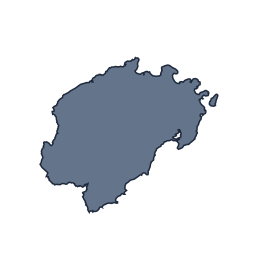 the district of South West Malekula, Malampa, Vanuatu, rotated 243°
{"feature_id": "77236927B2761964185252", "entity_name": "South West Malekula", "entity_type": "district", "adm_level": 2, "iso_a3": "VUT", "parent_name": "Vanuatu", "parent_adm1": "Malampa", "projection": "robinson", "projection_center": [167.511, -16.429], "detail": "fine", "context": "isolated", "style": "filled", "palette": "slate", "viewbox_px": 256, "rotation_deg": 243, "n_neighbors": 0, "source": "geoboundaries", "source_scale": "gbopen_adm2", "svg_char_len": 5790}
<svg xmlns="http://www.w3.org/2000/svg" viewBox="0 0 256 256"><g transform="rotate(243 128 128)"><path d="M70.5,55.2L71.1,55.8L71.1,56.5L70.4,58.3L69.3,58.5L69.6,58.9L69.2,58.8L69.3,59.3L68.3,61.5L68.2,63.5L68.9,64.8L69.0,65.5L69.4,65.6L70.2,67.0L69.7,68.5L69.1,68.9L69.4,68.9L70.3,70.8L70.4,72.8L70.1,73.4L70.4,74.5L69.7,77.3L68.9,78.1L68.6,79.2L68.1,79.4L68.1,81.3L67.3,82.6L66.5,83.2L65.9,84.6L67.0,85.2L67.7,84.3L68.6,83.9L69.9,84.5L70.8,85.7L71.6,88.0L71.3,90.5L72.3,92.4L72.2,93.0L71.2,93.7L70.4,95.1L71.6,94.9L72.4,95.6L73.0,98.4L74.8,97.7L75.8,97.9L77.8,99.1L79.3,100.8L79.7,103.9L80.2,105.2L80.4,106.8L79.6,110.5L80.3,115.7L80.7,116.7L80.6,118.0L79.8,118.7L80.4,119.2L81.1,121.0L80.4,122.5L77.9,123.5L77.4,124.6L78.0,125.2L80.4,126.4L80.9,127.3L83.7,130.4L85.0,131.1L86.6,132.8L87.0,132.8L87.9,136.3L89.8,137.3L91.4,139.1L91.3,139.7L91.9,140.0L92.3,139.7L93.0,140.1L94.4,141.4L95.4,143.2L96.4,143.9L96.9,146.6L96.8,148.9L98.0,150.1L97.8,152.1L99.2,154.2L98.7,155.4L98.9,157.0L97.8,159.5L98.0,160.9L97.8,161.4L96.0,162.8L95.3,164.4L94.1,165.4L94.2,165.9L94.8,166.3L95.9,166.2L97.7,164.1L99.0,163.4L99.4,163.6L99.5,165.3L99.3,165.6L99.2,167.6L100.1,167.8L100.8,167.4L100.9,168.1L100.5,169.9L101.1,170.9L101.0,171.5L102.5,171.9L103.3,171.6L103.7,172.0L103.1,173.2L101.5,173.2L100.8,172.5L100.0,173.0L99.2,172.9L97.5,171.4L96.7,171.5L96.0,170.8L96.1,170.2L95.8,169.9L96.1,168.8L94.7,168.7L94.7,167.9L95.2,168.4L96.1,167.9L96.3,167.3L95.9,166.8L94.7,166.8L93.6,165.7L91.0,166.2L89.3,164.8L87.9,162.9L86.2,163.3L86.0,164.0L85.8,167.4L87.2,170.2L86.7,171.2L86.6,173.2L85.8,174.5L86.4,176.2L87.5,181.2L88.0,182.1L87.8,182.6L89.0,183.3L90.3,185.3L91.5,186.3L92.0,187.5L93.1,187.7L94.1,187.2L94.6,188.3L97.9,190.3L99.2,192.6L100.6,193.5L100.9,194.3L102.1,195.4L102.3,196.6L103.2,197.5L104.2,198.1L104.6,198.7L106.0,197.7L107.2,198.6L107.3,199.5L106.9,200.5L105.6,200.2L105.4,201.0L105.9,201.4L105.9,203.4L106.6,204.4L108.1,205.2L108.5,205.1L108.3,204.8L108.5,204.4L109.5,204.4L111.7,205.5L115.9,204.0L117.9,203.8L119.5,204.3L120.7,205.3L120.9,204.8L121.2,206.2L120.8,207.4L120.0,207.7L120.0,208.2L121.3,207.7L121.9,207.9L122.8,209.9L122.5,210.8L121.2,211.8L120.6,214.2L121.7,215.3L122.6,215.2L122.5,215.7L122.7,215.9L123.2,216.1L124.3,215.7L126.0,214.5L126.3,213.8L126.2,211.1L126.7,209.1L126.5,207.9L125.6,206.5L126.3,205.4L128.2,204.1L131.0,204.0L132.2,204.8L132.6,205.6L131.9,206.6L132.2,208.1L132.6,208.5L133.6,207.9L133.7,208.1L133.4,209.3L134.0,210.7L133.9,211.8L134.3,212.2L136.3,213.0L137.5,211.7L138.7,212.2L140.3,211.6L141.4,210.6L142.1,208.4L140.8,206.0L139.9,205.0L140.8,204.3L141.7,205.7L143.0,205.8L143.6,205.4L144.1,204.3L144.4,203.5L144.6,200.1L143.8,198.0L144.9,196.9L145.5,195.2L145.1,194.5L144.5,194.5L144.3,193.8L145.7,191.9L147.2,191.0L149.1,190.6L152.2,190.6L154.5,191.4L155.2,192.1L155.9,193.6L154.5,195.3L154.2,196.2L154.3,196.9L154.9,197.6L156.0,198.0L157.5,197.7L159.1,197.0L162.0,194.8L164.6,193.6L166.0,192.1L166.6,189.7L166.9,185.8L166.3,185.2L164.5,184.5L164.1,184.7L161.7,181.9L160.3,181.3L160.2,179.5L161.5,176.2L163.4,173.7L166.2,172.6L168.2,172.7L168.5,171.3L169.6,170.9L170.2,169.4L170.2,167.6L168.1,166.3L167.6,166.6L168.2,166.2L170.2,167.0L170.6,165.5L170.3,163.3L171.9,161.4L173.8,160.2L175.4,160.1L175.8,160.6L176.3,162.4L178.6,164.9L180.8,165.5L182.5,167.1L183.4,168.4L184.4,169.0L186.0,168.5L186.7,166.9L187.4,166.5L186.3,165.2L186.1,164.4L186.3,163.7L187.1,163.0L186.6,162.2L186.5,161.0L186.2,160.8L187.9,157.7L187.7,155.1L186.3,153.9L185.8,154.6L185.7,154.2L185.0,154.0L184.8,152.5L185.1,152.2L184.8,151.8L185.3,150.3L186.4,149.4L186.4,147.9L187.2,146.8L187.3,146.1L188.6,144.7L188.6,143.6L189.8,140.8L189.5,139.4L190.1,138.8L188.3,135.1L187.9,134.8L188.4,133.9L187.0,132.6L186.4,129.6L187.0,129.0L187.1,128.2L187.9,128.2L188.9,126.7L188.5,125.8L188.6,125.0L189.0,124.8L189.2,123.5L188.4,121.7L188.3,119.4L187.1,117.6L186.2,118.0L185.5,117.4L185.0,117.4L185.5,116.7L186.8,116.4L186.9,115.0L186.1,114.2L187.3,111.5L188.4,105.4L187.4,99.4L187.2,93.6L186.7,91.2L186.6,86.4L186.9,86.1L186.3,84.5L184.8,83.4L184.8,82.2L184.4,79.7L183.2,77.2L181.9,76.5L181.5,75.4L180.7,74.9L180.7,71.9L180.2,70.3L178.6,70.6L176.7,70.0L177.1,67.9L174.3,67.1L174.1,67.9L172.6,68.8L171.8,68.6L170.5,69.0L167.5,67.9L166.3,67.8L165.5,67.1L164.2,67.4L163.0,67.1L161.8,67.5L160.7,66.6L160.7,66.2L159.5,65.6L159.2,64.9L158.5,64.7L157.8,63.5L156.5,62.8L155.2,63.1L155.3,61.9L154.5,60.7L152.9,59.3L152.8,58.7L151.9,58.2L151.2,57.3L150.9,55.9L149.4,54.1L148.7,54.4L147.6,53.3L147.1,52.1L147.6,51.1L150.2,50.7L152.6,49.2L152.5,48.7L153.6,46.9L153.4,46.5L152.9,46.0L151.6,45.9L150.0,44.1L149.2,44.2L148.3,42.0L146.6,40.3L145.1,39.9L144.6,39.2L140.4,38.9L138.6,36.5L136.5,34.9L135.6,33.2L131.8,33.5L124.5,36.3L121.9,33.2L121.8,33.7L120.9,34.2L120.7,34.8L119.9,34.2L119.6,34.5L118.2,34.7L117.7,34.0L114.9,34.9L113.9,35.5L112.9,35.3L111.7,36.7L110.7,36.7L110.4,38.4L108.3,41.8L108.5,43.8L107.3,46.1L106.1,47.1L105.8,48.5L106.5,50.2L106.0,50.9L106.1,51.6L104.7,52.7L104.7,53.4L104.2,54.0L102.7,55.0L102.2,55.2L101.9,54.7L99.9,55.2L100.0,55.7L98.6,56.5L98.7,57.7L98.2,58.2L98.5,58.9L98.2,59.3L97.4,59.7L97.0,60.4L96.1,60.5L95.8,61.0L96.2,62.8L95.9,63.7L96.1,64.0L97.0,63.4L97.2,64.4L96.6,65.7L96.7,67.1L95.1,65.8L94.9,64.8L93.0,63.8L92.5,63.9L91.8,63.4L91.7,62.8L91.0,62.4L90.8,60.5L91.1,58.7L90.9,58.2L90.3,58.1L89.5,58.7L88.5,58.2L88.2,57.6L87.4,57.0L87.3,56.4L84.1,56.4L82.0,56.8L81.5,56.2L79.9,56.4L79.1,55.8L78.8,56.1L78.2,55.5L77.3,56.1L75.5,56.0L73.8,55.5L73.3,55.0L70.5,55.2ZM109.4,216.4L110.1,216.7L110.8,217.8L112.1,218.6L116.0,222.7L117.2,222.8L117.9,222.1L117.9,221.2L116.9,218.5L116.4,217.8L116.5,215.6L115.2,214.5L114.2,212.6L112.4,211.3L110.4,211.7L108.6,214.1L108.3,215.3L108.5,215.9L108.7,215.6L109.4,216.4Z" fill="#64748b" stroke="#1e293b" stroke-width="1.5"/></g></svg>